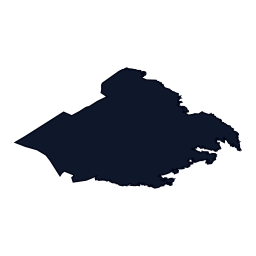 outline of Bamble nor, Telemark, Norway
{"feature_id": "86288312B26401918029146", "entity_name": "Bamble nor", "entity_type": "district", "adm_level": 2, "iso_a3": "NOR", "parent_name": "Norway", "parent_adm1": "Telemark", "projection": "equal_earth", "projection_center": [9.617, 59.025], "detail": "fine", "context": "isolated", "style": "filled", "palette": "ink", "viewbox_px": 256, "rotation_deg": 0, "n_neighbors": 0, "source": "geoboundaries", "source_scale": "gbopen_adm2", "svg_char_len": 6017}
<svg xmlns="http://www.w3.org/2000/svg" viewBox="0 0 256 256"><path d="M95.8,179.7L97.4,179.3L98.7,180.2L101.6,179.9L101.7,178.7L102.1,178.7L102.1,179.5L102.9,179.9L104.6,180.0L104.6,179.5L105.1,179.5L105.3,180.1L106.8,180.8L109.8,180.1L110.0,181.4L111.3,181.4L111.3,182.0L112.5,182.5L115.9,182.8L116.2,183.5L117.7,183.5L119.4,184.9L122.6,185.6L123.8,185.3L123.5,184.6L126.8,185.6L127.0,185.1L126.3,185.0L128.8,184.8L128.7,184.2L130.6,183.5L131.5,184.3L130.9,185.2L135.6,185.5L134.1,185.4L137.5,185.2L137.7,184.5L139.1,185.6L139.5,185.3L139.2,184.2L138.2,183.3L138.7,182.9L140.5,183.8L141.0,183.4L140.7,183.2L141.8,183.4L141.6,184.1L142.1,184.6L143.1,184.5L142.5,184.1L143.3,183.6L145.3,184.4L145.1,184.9L146.8,184.4L146.2,184.7L148.1,184.9L149.0,185.9L148.6,186.1L149.4,186.5L150.2,186.3L149.6,186.0L150.8,185.8L150.7,185.1L152.0,185.1L152.6,185.5L152.1,186.6L154.7,187.9L158.9,187.0L160.7,185.8L162.6,185.6L162.1,185.2L164.4,184.7L164.4,184.2L167.1,183.0L167.1,182.6L167.6,182.7L167.4,182.4L168.0,182.6L167.4,183.2L167.9,183.8L167.4,184.1L168.1,184.4L168.8,183.9L168.6,184.3L169.3,184.4L169.2,183.9L169.8,183.7L169.6,184.1L170.2,184.6L170.1,185.2L170.6,185.2L171.8,184.7L171.8,184.0L170.2,184.2L170.8,183.4L171.6,183.8L170.6,182.7L171.8,182.6L172.1,181.8L173.5,181.1L174.0,179.4L172.7,179.6L173.5,179.1L171.4,179.1L171.7,178.5L169.7,178.7L169.4,179.2L166.3,179.2L166.5,178.7L166.1,178.2L167.2,178.1L165.7,178.0L166.4,178.8L165.9,178.9L165.8,179.8L165.3,179.5L165.2,178.4L162.9,178.7L163.3,180.3L164.8,181.0L163.8,181.0L160.8,179.8L160.6,179.3L161.6,179.2L162.1,178.1L160.5,176.3L158.6,176.5L158.8,175.9L158.3,175.8L159.2,175.8L159.6,176.2L160.1,175.6L158.8,175.3L164.0,174.4L167.8,173.2L167.8,172.8L169.8,172.5L170.0,171.2L171.0,171.4L170.8,171.1L171.9,170.8L172.5,169.1L173.8,169.4L172.9,171.1L173.2,172.3L174.2,172.5L174.5,173.6L177.9,172.4L178.2,170.7L177.1,170.5L177.0,169.6L176.5,170.1L176.0,169.7L177.2,169.4L177.0,168.8L181.4,168.6L181.4,168.1L182.3,168.1L182.2,168.6L183.9,168.3L183.7,166.7L187.6,167.2L187.7,166.7L188.6,166.6L188.9,166.0L189.6,166.0L189.7,165.4L188.5,165.3L188.9,164.3L192.6,163.6L192.5,162.8L191.7,162.5L188.5,162.3L188.0,161.2L188.7,161.4L188.9,160.5L188.3,159.6L188.8,159.1L192.0,159.0L192.9,158.3L193.1,158.6L192.1,159.1L192.0,159.7L192.5,159.7L192.4,161.1L192.9,161.1L192.4,161.9L194.2,162.0L194.4,160.9L194.9,162.0L195.4,162.1L199.9,160.4L201.9,160.4L201.6,159.5L203.6,160.0L203.9,159.3L206.6,159.7L206.6,159.2L207.6,159.2L207.9,160.1L207.3,160.6L207.9,160.9L207.3,161.0L207.3,161.7L206.3,161.8L206.0,162.7L208.2,163.3L208.0,163.8L211.0,163.4L210.7,163.1L211.2,163.1L211.2,162.3L212.2,162.3L212.8,161.5L212.7,160.8L215.4,159.4L215.2,158.6L212.3,158.6L214.8,157.7L216.0,156.7L215.3,155.4L215.8,155.4L215.4,155.0L215.8,154.7L214.8,154.5L215.1,153.9L211.9,153.6L211.6,154.2L209.6,154.3L208.4,153.7L208.4,154.0L207.1,154.2L207.6,154.0L206.7,153.4L208.2,152.9L207.9,152.0L203.2,151.9L202.2,151.4L202.0,152.4L200.2,153.2L199.8,152.1L197.5,151.5L194.8,149.6L192.1,149.5L191.9,148.7L196.4,147.8L196.1,147.0L197.9,146.1L198.4,146.4L198.4,146.1L199.4,146.0L199.5,146.9L200.8,148.1L203.5,147.7L203.1,146.6L201.8,145.8L204.8,147.1L205.3,148.3L204.8,148.2L204.8,148.6L206.7,148.6L211.7,150.0L212.7,149.0L213.4,149.8L214.4,149.8L214.4,150.4L215.1,150.2L214.9,150.8L215.4,151.1L216.9,150.8L217.2,150.1L216.9,149.5L218.6,149.3L218.6,148.6L220.1,148.6L219.9,148.0L220.4,148.0L218.6,144.4L218.6,143.3L219.0,143.4L219.0,142.9L217.7,143.3L217.0,143.2L217.0,142.6L216.0,142.6L216.4,141.3L215.7,141.0L215.5,140.6L216.5,141.0L215.8,140.4L217.2,139.8L216.4,138.7L216.6,138.1L218.8,139.2L218.8,139.8L221.0,139.8L221.2,140.8L224.2,142.3L224.3,140.2L223.5,138.0L224.5,137.7L225.5,139.4L226.9,139.9L228.7,143.0L230.3,143.9L230.8,145.7L231.5,145.7L231.3,145.1L232.6,144.8L232.3,143.8L232.8,143.6L232.8,146.4L233.5,146.4L233.8,145.4L234.8,145.3L235.5,147.0L236.5,146.8L236.5,147.5L237.2,147.5L237.7,149.8L239.9,150.5L240.1,149.5L240.6,149.6L239.3,147.5L239.4,145.4L239.9,145.3L239.3,145.2L238.8,142.7L239.1,142.3L238.7,142.4L238.6,140.7L237.9,140.7L237.9,142.1L237.5,142.1L237.6,140.5L238.1,139.7L237.5,138.5L237.8,137.9L237.0,137.6L237.6,137.6L236.6,137.7L236.5,136.9L237.7,136.8L236.7,134.3L238.3,134.7L238.3,134.1L236.7,132.3L232.9,130.9L232.7,130.4L233.3,129.1L231.1,128.0L229.9,126.1L226.8,125.5L226.6,124.9L225.0,123.8L224.1,123.8L223.5,122.8L222.5,122.9L221.5,122.0L220.9,120.8L220.3,120.9L221.1,120.5L220.7,119.8L220.2,120.1L219.9,119.5L218.6,119.2L217.9,118.5L216.0,118.1L215.4,116.7L213.5,116.1L213.8,115.9L213.4,114.7L212.5,115.1L212.0,114.6L212.1,115.1L210.6,114.0L208.8,114.8L202.1,112.4L203.0,112.3L202.1,112.0L198.9,114.1L194.3,113.9L194.0,114.4L188.9,115.2L187.8,115.0L184.6,112.5L183.1,112.3L182.8,110.5L183.3,111.3L186.3,112.1L188.3,111.6L188.0,110.6L187.0,110.1L186.5,108.4L184.2,106.7L182.5,106.6L182.6,108.1L182.1,107.5L181.3,107.5L180.9,106.5L177.7,105.6L177.7,104.8L178.4,105.0L179.3,104.1L179.0,102.9L181.7,102.1L181.2,101.6L178.7,102.2L179.1,101.6L177.9,101.0L178.0,99.8L178.8,99.8L179.3,98.4L180.7,98.0L179.7,97.4L180.3,96.3L177.9,96.9L178.1,93.7L175.6,93.1L173.9,92.0L172.4,91.9L171.2,90.7L170.5,90.7L169.7,89.5L165.1,88.1L162.1,85.3L163.1,85.3L162.9,84.7L161.1,84.9L160.4,83.3L161.2,83.3L160.9,82.7L159.9,83.0L158.5,81.7L157.0,81.5L156.0,80.4L146.6,80.1L142.5,78.4L141.4,76.4L143.4,76.2L143.4,74.8L144.9,75.2L145.4,74.6L143.9,74.0L141.9,74.2L141.7,73.6L145.7,73.0L145.2,72.1L143.5,71.7L140.7,72.1L140.5,70.7L136.0,70.5L135.8,69.8L132.6,69.9L132.8,69.4L129.4,69.0L129.6,69.9L128.8,69.7L128.4,69.0L126.6,68.8L127.6,68.5L126.8,68.1L124.4,69.0L125.4,69.1L125.4,69.6L122.8,69.6L119.0,71.6L102.5,83.3L101.8,85.1L101.9,89.6L101.3,92.6L107.4,96.7L97.5,101.5L89.2,106.8L86.9,107.2L86.7,108.0L85.6,107.8L79.8,111.6L71.7,115.9L63.6,112.3L25.0,136.8L15.4,142.4L25.3,146.2L37.2,149.6L46.2,155.0L50.4,160.5L60.0,175.6L61.6,173.2L64.2,170.9L73.6,174.7L74.0,175.1L73.6,176.4L72.0,177.6L73.3,181.9L86.2,180.0L96.2,176.0L95.4,178.6L95.8,179.7Z" fill="#0f172a" stroke="#020617" stroke-width="1.5"/></svg>